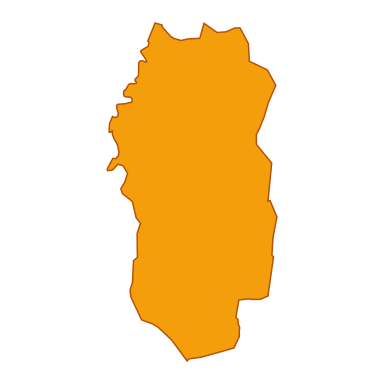 Ikom, Cross River, Nigeria (Equal Earth projection)
{"feature_id": "59680162B83284995722346", "entity_name": "Ikom", "entity_type": "district", "adm_level": 2, "iso_a3": "NGA", "parent_name": "Nigeria", "parent_adm1": "Cross River", "projection": "equal_earth", "projection_center": [8.557, 6.106], "detail": "fine", "context": "isolated", "style": "filled", "palette": "amber", "viewbox_px": 384, "rotation_deg": 0, "n_neighbors": 0, "source": "geoboundaries", "source_scale": "gbopen_adm2", "svg_char_len": 1725}
<svg xmlns="http://www.w3.org/2000/svg" viewBox="0 0 384 384"><path d="M187.1,361.0L188.8,358.9L199.9,357.4L203.8,356.5L233.9,348.0L239.3,336.7L239.3,330.4L239.7,327.7L238.2,323.7L238.0,319.4L235.9,317.4L238.9,299.8L239.8,299.9L248.7,298.8L251.5,299.4L259.4,299.4L261.4,299.0L267.3,296.2L268.2,295.9L268.3,293.3L273.5,257.0L271.9,255.2L273.0,237.5L276.9,216.9L270.1,200.7L268.0,201.1L271.7,163.1L256.4,144.4L256.4,134.4L258.9,129.8L264.2,116.8L268.4,102.4L275.8,85.4L267.4,70.0L249.3,61.2L248.4,43.7L240.1,28.0L235.1,27.9L226.2,31.8L217.1,32.5L204.0,23.3L200.0,37.6L199.5,38.3L187.4,39.0L181.2,40.5L174.4,38.6L170.8,36.6L162.7,27.5L161.9,24.9L155.1,23.0L147.8,41.1L148.9,42.0L148.7,44.3L147.7,46.7L144.0,48.7L141.1,50.5L140.6,51.6L141.5,53.1L144.7,57.7L146.7,60.9L146.6,61.6L146.1,62.1L141.5,60.6L139.7,61.2L138.7,63.1L138.6,71.0L138.5,74.8L138.0,76.5L135.2,79.0L135.0,80.7L136.3,82.1L136.3,83.2L134.5,83.8L130.5,83.5L128.5,84.7L126.4,88.5L125.5,89.7L123.9,90.7L123.5,93.7L124.0,95.7L124.8,96.7L130.6,97.2L131.8,98.8L132.3,100.7L131.3,102.4L129.0,102.6L125.6,103.7L117.8,104.3L116.6,105.4L116.9,108.8L118.3,113.5L117.9,115.8L116.8,117.1L114.7,117.5L112.5,116.5L111.2,119.6L109.6,123.5L109.3,126.5L109.2,132.2L110.5,132.3L111.8,131.0L112.5,131.0L112.3,133.9L113.0,136.0L114.3,139.3L116.6,143.0L117.9,146.4L118.9,152.7L118.2,155.8L115.6,158.7L112.9,158.4L110.6,162.5L107.1,169.3L107.7,170.7L112.8,169.9L117.9,164.3L122.8,165.5L127.6,173.3L124.9,181.9L120.8,188.7L122.5,193.7L132.4,201.5L134.2,209.4L136.2,217.9L140.5,223.3L137.1,233.6L137.4,257.4L133.5,260.6L132.5,282.6L130.1,289.8L130.8,296.6L133.8,303.2L141.6,319.9L153.0,324.1L158.3,327.4L171.7,340.0L187.1,361.0Z" fill="#f59e0b" stroke="#b45309" stroke-width="1.5"/></svg>